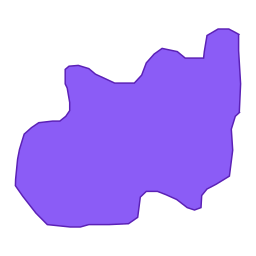 SVG path tracing the border of Rosoman
{"feature_id": "MKD-2907", "entity_name": "Rosoman", "entity_type": "Statistical Region", "adm_level": 1, "iso_a3": "MKD", "parent_name": "North Macedonia", "parent_adm1": "", "projection": "robinson", "projection_center": [21.9, 41.493], "detail": "fine", "context": "isolated", "style": "filled", "palette": "violet", "viewbox_px": 256, "rotation_deg": 0, "n_neighbors": 0, "source": "natural_earth", "source_scale": "10m", "svg_char_len": 870}
<svg xmlns="http://www.w3.org/2000/svg" viewBox="0 0 256 256"><path d="M15.4,185.7L15.6,179.3L17.6,159.1L19.5,149.4L23.5,136.3L24.2,134.1L31.5,127.6L38.7,122.7L52.5,121.1L59.8,121.1L65.8,116.3L69.7,110.6L69.7,102.5L67.2,88.0L65.2,83.9L65.2,76.7L65.2,69.4L69.0,66.2L78.3,65.4L88.8,68.6L95.5,74.2L114.7,83.1L134.3,83.1L141.7,75.1L146.3,62.9L154.2,54.0L162.1,48.4L177.3,51.6L185.2,58.1L194.5,58.1L203.6,58.1L204.3,51.6L207.0,35.5L218.1,29.0L228.8,29.0L238.9,34.4L238.6,34.7L238.6,50.8L240.6,83.9L239.3,112.2L239.5,112.4L235.3,116.3L231.3,129.2L232.7,150.2L229.4,176.1L216.2,184.2L207.0,189.0L201.7,195.5L201.0,207.6L194.5,210.0L187.2,207.6L176.7,199.5L166.0,194.7L157.5,191.4L146.3,191.4L140.3,197.1L137.7,217.3L128.5,223.7L108.7,224.6L88.8,224.6L80.3,227.0L70.3,227.0L47.3,224.6L36.0,213.2L22.8,196.3L15.4,185.7Z" fill="#8b5cf6" stroke="#5b21b6" stroke-width="1.5"/></svg>